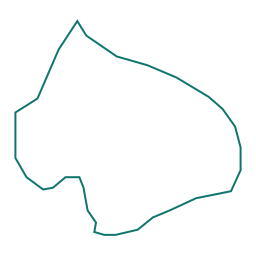 an SVG outline of Kičevo, rotated 180°
{"feature_id": "MKD-2954", "entity_name": "Kičevo", "entity_type": "Statistical Region", "adm_level": 1, "iso_a3": "MKD", "parent_name": "North Macedonia", "parent_adm1": "", "projection": "natural_earth1", "projection_center": [20.955, 41.51], "detail": "fine", "context": "isolated", "style": "outline", "palette": "teal", "viewbox_px": 256, "rotation_deg": 180, "n_neighbors": 0, "source": "natural_earth", "source_scale": "10m", "svg_char_len": 532}
<svg xmlns="http://www.w3.org/2000/svg" viewBox="0 0 256 256"><g transform="rotate(180 128 128)"><path d="M161.7,24.0L160.0,33.4L168.4,45.6L172.5,68.3L176.6,78.8L190.5,78.8L203.0,68.3L212.9,66.5L229.5,78.8L240.6,98.0L240.6,119.0L240.6,143.5L218.5,157.5L197.4,206.4L178.7,234.9L169.7,220.4L139.2,199.5L108.4,190.7L79.4,178.4L47.4,159.2L33.4,147.0L20.9,129.4L15.4,108.5L15.4,98.9L15.4,85.8L25.0,64.8L59.9,57.8L86.3,45.6L103.1,38.6L118.3,26.3L140.5,21.1L151.6,21.1L161.7,24.0Z" fill="none" stroke="#0f766e" stroke-width="2"/></g></svg>